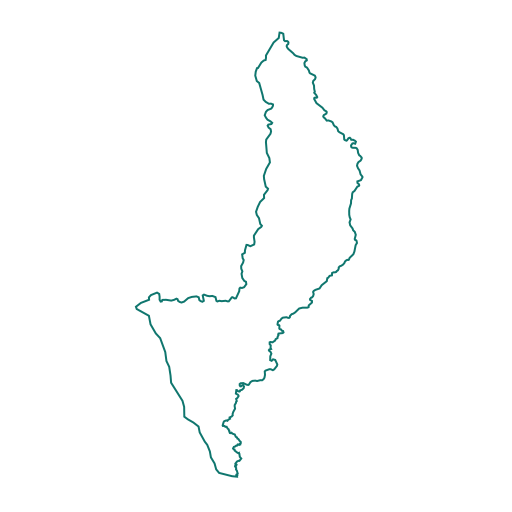 San Ramon, Canelones, Uruguay (orthographic projection), rotated 119°
{"feature_id": "84410073B4284999044109", "entity_name": "San Ramon", "entity_type": "district", "adm_level": 2, "iso_a3": "URY", "parent_name": "Uruguay", "parent_adm1": "Canelones", "projection": "orthographic", "projection_center": [-55.941, -34.32], "detail": "fine", "context": "isolated", "style": "outline", "palette": "teal", "viewbox_px": 512, "rotation_deg": 119, "n_neighbors": 0, "source": "geoboundaries", "source_scale": "gbopen_adm2", "svg_char_len": 6104}
<svg xmlns="http://www.w3.org/2000/svg" viewBox="0 0 512 512"><g transform="rotate(119 256 256)"><path d="M458.3,165.8L457.6,166.6L457.2,165.9L456.8,166.0L456.3,167.0L455.2,166.5L453.0,168.7L452.4,170.0L451.1,170.5L450.1,172.4L449.2,172.6L448.9,171.7L447.9,171.9L448.0,172.9L447.6,173.4L445.0,173.0L443.6,172.0L443.2,171.2L440.3,170.7L439.5,172.8L437.0,174.7L437.0,175.5L436.6,175.6L436.9,175.9L437.1,176.7L436.5,180.3L435.7,180.9L435.9,181.9L435.4,182.8L433.7,182.8L432.6,181.8L431.6,181.5L431.1,180.7L429.7,180.7L429.4,180.3L429.5,179.2L428.5,178.4L427.9,179.0L427.0,178.6L426.0,179.2L425.6,180.8L424.6,182.7L424.7,183.8L423.9,184.6L423.9,186.1L422.4,188.0L422.8,190.5L422.4,191.7L423.2,192.2L423.5,193.0L423.1,193.6L422.0,194.3L422.0,194.9L420.9,195.8L420.7,197.1L419.6,198.9L420.3,200.0L419.9,201.1L420.7,202.6L420.4,203.0L416.9,203.8L415.9,203.7L414.2,202.3L414.0,201.1L412.7,200.9L410.9,199.8L410.0,200.8L408.2,199.5L406.7,199.1L405.5,199.9L403.3,200.3L399.7,200.3L397.5,202.0L396.5,202.4L394.3,202.3L393.3,202.7L392.2,202.5L390.6,204.1L389.3,203.5L387.1,203.3L386.5,203.7L386.1,204.7L386.1,206.9L382.8,208.2L382.5,207.6L383.0,206.3L382.6,204.8L382.2,204.5L381.3,204.8L379.8,203.4L377.6,202.7L376.0,203.2L375.2,204.6L375.6,205.2L377.4,206.0L377.6,206.5L377.2,207.4L375.9,208.2L374.8,207.8L373.3,205.5L373.1,201.9L372.6,200.3L372.0,199.9L368.9,199.7L367.0,198.6L365.4,196.3L364.8,194.4L362.6,192.1L361.7,190.4L360.1,189.7L358.4,189.6L355.6,190.5L352.7,192.4L351.6,192.1L348.5,189.4L347.9,188.2L347.7,185.9L346.3,185.1L341.9,184.4L340.5,184.8L337.6,188.8L338.1,191.0L340.1,191.5L340.2,193.1L336.7,194.9L334.0,195.2L332.8,196.8L332.6,198.4L332.1,199.1L331.2,199.0L330.0,197.7L329.2,198.8L327.0,199.8L326.5,201.3L324.9,202.2L324.2,201.7L323.5,199.7L320.7,198.3L319.2,198.5L317.4,197.4L315.9,198.0L314.5,197.9L313.8,198.6L312.9,198.7L310.5,195.3L309.5,194.9L308.5,195.9L308.8,197.2L308.1,198.4L308.4,199.8L308.2,200.4L305.5,201.8L305.3,202.2L305.7,203.6L305.3,204.1L302.8,204.9L302.1,204.7L301.1,203.7L298.3,203.3L296.9,202.6L294.8,199.7L294.5,197.8L294.0,197.0L293.2,196.7L292.0,197.2L289.6,196.6L288.3,195.4L286.3,194.4L281.0,192.8L278.6,190.2L276.3,186.1L275.3,185.2L273.6,185.9L269.6,184.5L268.2,185.2L268.2,187.3L267.5,187.9L265.7,187.6L265.0,186.9L263.4,186.6L261.3,187.1L259.8,188.6L258.6,188.6L256.8,187.6L253.6,184.7L249.7,184.4L243.7,181.9L240.8,182.9L240.0,182.3L237.7,182.0L236.1,180.2L234.0,181.2L232.7,180.3L232.0,179.0L231.0,178.1L230.1,178.1L228.8,177.4L227.0,177.5L225.9,178.1L224.5,177.8L223.2,176.7L221.3,175.7L219.3,175.3L217.6,175.5L216.2,175.0L215.1,174.3L214.7,173.3L214.3,173.0L212.1,173.2L207.3,171.7L204.4,172.1L198.2,174.1L195.7,174.0L194.0,175.4L193.7,176.1L193.9,177.1L193.3,177.9L189.1,179.0L187.0,181.3L186.4,183.5L185.1,184.9L183.5,188.5L181.2,190.5L178.1,191.0L176.7,192.8L174.8,194.4L171.5,196.3L169.3,197.3L164.0,198.4L161.0,199.9L159.3,200.0L155.0,202.0L153.4,202.3L151.4,201.4L146.2,201.0L144.9,200.0L144.3,199.9L143.4,200.6L142.9,202.7L141.6,203.5L138.8,201.0L135.6,201.0L135.0,201.4L133.9,204.1L131.0,206.9L129.8,209.3L128.1,211.4L126.1,212.0L124.1,211.9L122.0,210.8L121.1,210.7L119.5,210.8L118.7,211.3L117.9,213.5L117.9,214.5L116.3,216.7L113.9,218.5L113.0,220.1L113.0,221.1L114.6,224.2L114.6,225.2L114.2,225.8L113.1,226.5L110.8,226.2L110.2,225.6L109.7,223.7L107.6,224.0L107.2,225.4L107.3,227.5L108.2,229.0L107.3,230.4L107.1,231.3L108.1,232.2L110.8,232.5L111.3,232.8L111.5,234.5L111.3,235.3L107.7,237.7L107.2,238.7L107.3,243.0L107.0,244.6L105.0,246.6L104.2,248.4L104.4,249.7L103.9,251.3L102.0,253.8L101.8,255.3L102.3,258.3L103.3,259.8L102.2,262.3L101.9,264.0L101.4,264.8L100.7,265.0L99.9,265.0L97.3,263.5L95.8,263.9L95.4,264.7L95.4,266.8L94.1,269.8L93.0,277.2L90.4,281.3L89.4,281.6L88.9,281.2L88.1,279.6L87.3,279.5L86.0,281.4L85.0,284.2L83.8,284.2L81.7,286.1L78.8,287.9L76.9,290.3L75.1,290.8L72.7,290.1L71.0,290.4L70.3,291.1L69.7,292.0L70.0,297.3L69.7,298.1L68.1,299.7L66.5,302.7L66.5,304.7L65.7,305.8L63.8,307.2L61.9,307.3L60.3,306.4L59.3,307.1L59.0,309.8L60.0,311.3L61.5,317.7L61.4,319.9L60.7,321.6L59.3,328.1L58.5,329.9L57.6,330.9L56.6,331.2L54.9,330.6L53.4,331.2L53.0,331.9L52.9,332.9L54.0,334.8L53.7,336.1L48.4,339.9L48.5,341.9L49.2,343.7L54.3,341.8L60.7,344.1L75.8,344.5L77.7,343.4L79.9,342.6L81.3,344.0L84.2,345.1L90.6,345.4L91.2,346.2L94.9,345.6L98.6,344.1L102.6,340.1L103.1,337.1L112.0,328.3L115.6,325.2L116.5,322.2L116.6,318.5L115.5,316.8L115.2,314.6L116.4,314.0L118.4,313.9L119.8,314.2L122.7,316.6L125.1,317.2L128.7,316.6L130.2,314.3L131.2,312.0L131.2,308.6L131.7,306.4L133.1,306.5L135.1,308.9L136.4,309.0L137.6,307.2L138.0,304.7L139.8,303.2L142.1,302.6L149.2,303.5L151.6,302.5L160.6,296.5L163.9,291.8L167.4,289.2L174.9,289.3L182.1,288.0L184.8,286.2L190.6,281.1L191.3,278.1L192.8,277.8L198.6,278.7L201.4,277.0L206.7,278.6L212.2,278.3L217.3,277.4L219.7,275.2L221.5,271.7L225.9,267.8L226.7,265.5L228.0,265.5L231.4,267.1L239.2,267.7L240.8,266.8L244.3,264.1L246.8,263.2L250.2,265.7L250.4,268.6L250.9,269.7L256.4,268.4L258.6,267.3L261.3,268.9L264.4,266.6L265.5,264.8L268.0,264.1L272.0,264.1L274.3,262.7L276.0,260.5L278.6,260.0L281.9,257.3L283.5,254.1L283.4,252.3L285.3,250.8L289.1,251.3L290.8,252.8L291.3,254.4L292.4,254.7L295.0,253.6L302.7,253.0L303.5,254.1L303.4,256.5L303.9,257.1L308.8,257.8L309.4,258.7L309.9,260.9L312.2,264.2L312.9,266.3L314.5,267.8L314.4,268.9L311.6,271.5L312.1,274.8L313.7,277.1L314.5,279.4L315.0,282.8L316.3,283.5L320.5,279.9L322.0,280.7L322.3,282.6L322.0,284.2L319.9,286.1L320.2,288.5L322.9,292.3L325.7,294.9L330.8,296.8L332.8,298.6L333.2,300.5L333.0,302.4L331.8,303.7L331.9,304.9L334.1,306.4L336.1,308.5L337.9,313.4L339.8,316.6L341.4,316.4L342.1,317.3L341.0,319.1L338.3,320.6L336.1,322.3L336.0,324.8L341.1,328.9L344.1,329.6L346.1,328.3L352.8,333.9L358.6,336.4L360.2,334.6L360.2,320.7L366.9,315.1L372.3,306.1L374.3,300.0L384.0,288.8L391.3,283.4L395.0,278.2L402.0,272.8L408.0,268.8L418.3,250.1L422.8,245.7L431.3,240.8L431.9,236.3L432.0,230.0L433.0,223.6L437.6,219.7L443.2,210.8L444.8,207.1L449.3,201.6L454.0,197.8L457.5,191.7L461.9,187.4L463.6,183.1L460.2,170.2L458.3,165.8Z" fill="none" stroke="#0f766e" stroke-width="2"/></g></svg>